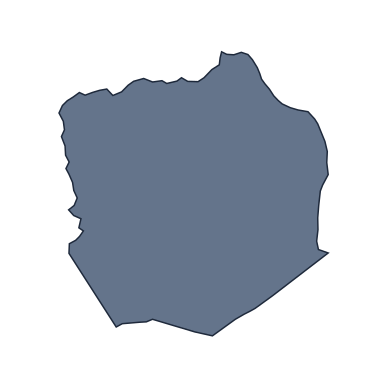 the district of Japurá, Paraná, Brazil, rotated 10°
{"feature_id": "56859067B24068118556484", "entity_name": "Japurá", "entity_type": "district", "adm_level": 2, "iso_a3": "BRA", "parent_name": "Brazil", "parent_adm1": "Paraná", "projection": "mercator", "projection_center": [-52.551, -23.437], "detail": "fine", "context": "isolated", "style": "filled", "palette": "slate", "viewbox_px": 384, "rotation_deg": 10, "n_neighbors": 0, "source": "geoboundaries", "source_scale": "gbopen_adm2", "svg_char_len": 1186}
<svg xmlns="http://www.w3.org/2000/svg" viewBox="0 0 384 384"><g transform="rotate(10 192 192)"><path d="M81.5,273.8L140.8,338.1L146.2,333.8L163.2,329.3L169.6,327.8L175.2,324.2L219.1,329.3L237.1,330.1L256.8,309.8L264.4,303.4L270.0,299.2L274.3,295.7L289.3,280.2L336.7,228.4L326.5,226.7L323.3,218.8L322.6,207.3L320.3,195.6L319.1,182.9L318.2,168.8L319.4,162.6L323.1,151.2L319.6,139.6L318.2,128.6L314.1,119.1L304.0,103.1L300.2,98.9L292.3,92.8L282.2,92.8L274.1,91.9L265.5,89.6L260.8,86.8L255.8,83.1L250.5,77.4L244.9,72.7L240.9,68.8L238.2,63.7L234.7,58.2L228.5,51.2L223.2,46.9L216.3,45.9L209.4,49.6L202.3,50.4L196.8,48.8L196.4,55.1L196.8,62.0L190.3,68.0L184.0,77.4L178.8,82.3L168.6,83.8L161.8,81.3L157.9,85.4L148.3,89.5L143.1,87.6L134.1,90.5L124.7,88.6L115.3,93.1L110.6,97.9L105.3,105.6L97.3,110.7L90.2,105.4L83.4,107.9L77.0,111.1L69.9,115.2L63.8,113.6L58.5,119.1L53.3,123.8L49.4,129.3L47.3,137.3L53.0,144.7L55.6,152.9L53.8,160.1L59.0,168.7L61.1,177.7L65.8,183.8L63.8,190.8L67.8,195.9L72.7,203.3L75.3,211.0L80.0,217.8L78.3,225.7L73.6,231.0L79.6,235.7L87.3,237.6L86.8,246.9L91.8,249.2L89.0,255.2L85.8,259.8L80.2,264.2L81.5,273.8Z" fill="#64748b" stroke="#1e293b" stroke-width="1.5"/></g></svg>